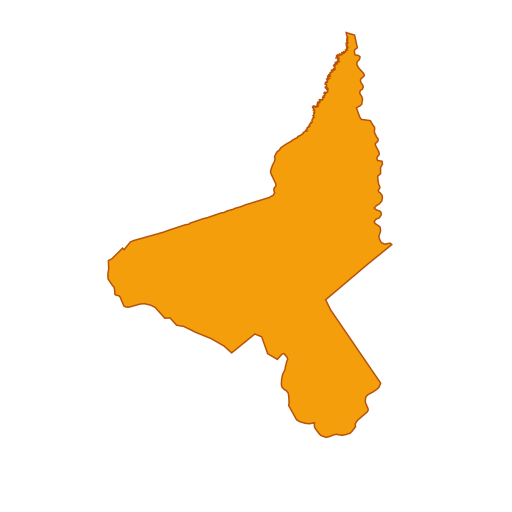 the district of Kabo, Ouham, Central African Republic, rotated 346°
{"feature_id": "33826404B79989829713557", "entity_name": "Kabo", "entity_type": "district", "adm_level": 2, "iso_a3": "CAF", "parent_name": "Central African Republic", "parent_adm1": "Ouham", "projection": "orthographic", "projection_center": [18.904, 7.84], "detail": "fine", "context": "isolated", "style": "filled", "palette": "amber", "viewbox_px": 512, "rotation_deg": 346, "n_neighbors": 0, "source": "geoboundaries", "source_scale": "gbopen_adm2", "svg_char_len": 5993}
<svg xmlns="http://www.w3.org/2000/svg" viewBox="0 0 512 512"><g transform="rotate(346 256 256)"><path d="M311.2,445.8L311.7,442.9L314.6,440.1L326.4,434.1L327.7,432.4L327.7,430.6L326.8,425.5L326.9,423.4L328.2,419.7L330.6,417.8L336.3,416.3L341.1,414.6L343.4,413.3L346.2,409.5L315.3,326.2L313.0,315.3L362.5,290.9L390.5,277.8L389.5,276.2L388.3,275.9L383.6,275.6L381.1,273.5L380.4,272.1L379.9,269.0L379.9,266.8L382.9,261.9L383.4,258.7L383.1,257.4L379.4,253.2L379.0,251.4L381.0,249.5L384.8,248.8L387.2,246.7L387.9,244.5L387.6,243.2L386.7,242.1L384.5,240.8L382.6,238.8L382.4,238.0L385.0,236.3L388.4,235.2L391.3,233.1L392.0,231.7L392.8,229.8L393.0,227.6L391.9,225.0L390.6,223.4L390.4,222.2L392.7,219.8L392.9,218.2L392.4,216.5L392.5,213.7L393.3,208.0L396.8,206.3L398.2,200.4L400.9,197.5L401.3,194.6L397.0,192.7L396.9,190.4L397.9,188.9L399.3,188.2L400.3,186.8L400.4,184.8L398.9,178.4L398.7,176.5L398.9,175.9L401.9,174.2L402.6,173.2L402.7,171.4L402.0,170.3L400.9,165.4L401.1,163.2L401.8,161.9L402.2,159.5L401.4,158.3L399.7,152.3L391.4,149.0L390.7,147.8L390.2,145.7L389.3,136.5L393.7,135.3L395.3,134.3L397.4,129.4L397.2,127.0L396.0,123.3L396.9,121.0L397.9,120.3L399.5,120.0L401.0,117.9L400.9,116.0L399.7,113.0L399.8,110.8L400.3,109.8L404.8,107.2L404.6,104.9L401.3,98.7L400.2,95.2L400.7,92.8L401.4,91.9L403.5,90.6L404.6,89.3L405.1,87.6L403.4,85.9L400.8,84.8L400.7,83.8L401.0,81.2L401.6,79.8L404.7,78.5L405.1,65.5L397.5,61.0L397.5,65.6L398.0,66.1L397.2,66.7L397.2,67.3L396.8,67.0L396.6,67.5L397.1,67.8L396.1,69.0L396.2,69.4L396.5,69.1L396.8,69.2L396.6,69.9L395.9,70.4L396.3,70.5L396.7,71.3L396.2,71.3L396.3,71.7L395.8,72.2L395.3,72.1L395.6,72.5L395.4,73.1L394.8,72.9L394.5,73.2L394.5,73.5L395.0,73.5L395.3,73.9L395.3,74.4L394.8,74.6L394.7,75.1L395.7,75.8L395.1,76.4L394.8,76.0L394.4,76.1L394.5,77.9L393.8,77.4L393.7,78.0L392.7,77.9L393.0,78.7L392.6,78.7L392.4,79.4L391.7,79.8L391.5,79.2L390.6,79.1L390.5,79.4L391.0,80.1L390.8,80.4L390.2,80.5L390.1,79.8L389.8,80.3L389.4,80.4L389.5,79.4L389.0,79.6L388.4,79.4L388.4,80.8L387.9,81.4L387.5,81.0L386.7,81.2L386.5,80.5L385.8,80.1L385.6,80.2L385.8,80.9L385.4,81.6L385.0,81.4L384.2,81.9L384.0,81.5L384.4,81.4L384.0,80.8L383.7,81.4L383.1,81.0L382.7,81.0L382.5,81.8L383.0,81.8L383.2,82.2L382.2,82.3L381.7,83.1L383.2,83.1L384.4,84.1L384.2,84.5L383.8,84.1L382.7,84.7L382.9,85.2L383.5,85.6L383.2,86.1L383.7,87.3L383.0,87.0L382.4,87.6L382.1,86.7L381.7,86.8L381.4,87.2L382.0,87.7L381.6,87.8L381.3,88.7L380.9,87.9L380.3,87.4L379.8,87.4L379.9,89.3L379.3,89.3L379.3,88.9L378.4,89.0L377.5,89.9L377.8,90.1L378.3,89.7L378.8,90.5L378.6,90.9L377.8,91.3L378.1,91.6L377.9,92.0L378.1,92.9L377.7,93.3L377.9,94.0L377.5,94.2L377.0,93.8L377.0,93.1L376.7,93.0L376.1,93.5L376.7,93.8L376.7,94.4L376.3,94.4L375.8,94.9L375.1,94.0L374.3,93.9L374.1,94.2L374.6,94.8L374.5,95.3L373.7,96.3L373.1,95.8L372.4,95.9L372.3,96.5L371.7,97.0L371.6,98.4L371.3,97.8L370.6,97.6L370.3,97.9L370.5,99.0L369.7,98.5L369.1,98.8L369.1,99.2L369.9,99.7L369.4,99.8L368.6,100.4L369.7,101.4L368.9,101.3L368.7,101.9L368.3,101.3L367.4,101.5L367.8,102.1L367.3,103.4L367.5,104.7L366.9,104.8L366.7,103.9L365.2,104.6L365.3,105.0L364.6,105.9L365.9,106.9L365.9,107.5L365.3,108.0L365.4,108.9L364.7,108.6L364.0,108.9L364.0,109.7L365.3,110.7L366.1,110.4L366.4,110.9L366.3,111.4L365.0,111.7L365.7,113.2L365.0,114.3L363.5,114.1L363.5,114.8L363.1,115.1L362.4,113.8L361.3,114.4L361.8,115.8L361.6,116.7L360.1,117.1L360.5,117.8L360.5,118.4L359.9,118.0L359.1,118.2L359.2,118.8L358.8,119.2L358.3,120.7L357.9,120.8L356.9,119.9L356.3,120.0L355.3,119.6L355.2,119.9L355.6,120.4L355.5,121.7L355.1,121.9L355.0,122.6L354.1,122.6L354.8,122.2L354.5,121.5L354.1,121.7L353.7,122.4L353.1,121.8L352.5,122.5L353.2,123.6L352.0,124.0L351.8,124.8L352.8,125.4L352.1,126.1L351.3,126.0L350.7,125.4L350.1,126.0L349.4,125.8L349.7,125.3L349.4,124.8L348.7,124.9L348.1,124.3L346.9,125.0L347.0,125.9L347.4,125.9L347.4,126.4L346.9,126.9L347.3,126.7L347.6,127.5L347.2,128.1L347.7,128.0L347.6,128.4L348.1,128.8L347.3,130.2L347.7,130.6L347.3,131.2L346.9,131.2L347.1,131.6L346.8,131.7L346.0,133.2L345.4,133.5L345.8,133.9L345.4,134.8L345.9,135.3L344.9,135.5L344.6,136.5L343.9,136.7L343.1,137.8L343.0,139.5L342.1,140.2L341.6,139.8L341.5,140.3L340.7,140.5L340.6,141.0L340.3,141.0L339.2,142.1L339.5,143.0L338.5,143.0L338.3,143.7L337.7,143.4L336.8,143.8L336.6,144.6L335.5,145.6L335.6,146.1L335.2,145.7L334.8,146.1L335.1,146.6L334.8,147.0L334.1,146.9L332.4,147.4L331.5,147.9L331.5,148.4L331.0,148.7L330.3,148.9L330.3,149.1L328.5,149.5L328.3,149.9L327.0,149.8L325.6,150.5L325.5,150.3L324.8,150.8L324.7,151.2L322.5,151.6L322.1,151.5L321.4,152.0L319.1,152.5L317.8,153.2L311.7,154.9L306.2,157.0L304.0,159.2L302.1,159.6L300.3,161.3L298.0,164.1L298.0,166.5L296.8,168.7L293.8,172.1L290.9,176.6L290.4,178.0L290.6,180.6L292.7,191.0L292.2,193.0L290.3,194.3L289.4,195.5L289.2,197.9L289.5,199.0L287.8,200.9L286.6,201.5L284.4,201.9L283.6,202.4L258.1,203.8L253.0,204.5L246.5,204.7L245.8,205.1L238.2,205.3L237.4,205.7L235.3,206.0L232.4,205.8L217.1,207.1L214.1,207.0L199.8,208.2L198.8,208.9L194.5,208.6L178.6,209.8L171.5,210.5L141.5,211.4L137.7,211.9L129.5,217.9L128.4,216.1L115.4,223.9L111.7,224.7L109.9,233.0L107.9,237.7L106.9,242.3L109.5,249.7L110.8,252.1L110.3,257.0L109.8,258.8L110.5,260.0L112.2,260.8L114.0,262.1L115.8,272.8L117.6,274.1L120.3,274.9L132.1,274.6L136.2,275.3L141.9,278.2L145.7,281.5L152.5,294.3L157.6,295.3L162.2,303.9L168.9,306.9L179.4,315.8L192.2,325.1L203.2,335.6L208.9,344.1L236.0,331.4L242.0,335.8L243.7,353.6L251.7,361.5L257.7,357.4L259.8,357.6L260.6,359.9L261.7,361.8L261.7,364.1L259.9,366.4L258.6,369.2L257.7,370.5L256.9,372.9L253.3,377.2L251.0,381.9L249.5,386.8L249.5,389.6L251.0,392.2L252.9,394.2L254.1,396.8L253.7,400.8L252.6,406.5L251.5,408.9L255.7,424.6L258.4,427.4L263.5,430.4L267.4,431.7L272.5,432.0L271.9,433.0L271.4,435.9L271.9,438.1L274.5,444.3L275.6,445.9L280.0,448.9L283.3,449.0L288.0,448.4L291.0,448.4L292.2,449.2L294.9,450.2L295.6,450.7L299.3,451.0L304.4,450.7L306.5,449.5L311.2,445.8Z" fill="#f59e0b" stroke="#b45309" stroke-width="1.5"/></g></svg>